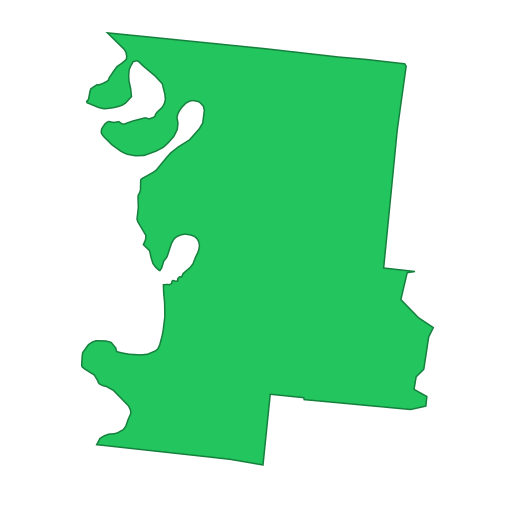 Washington, Mississippi, United States of America (Albers equal-area conic projection), rotated 6°
{"feature_id": "52423323B9626966163113", "entity_name": "Washington", "entity_type": "district", "adm_level": 2, "iso_a3": "USA", "parent_name": "United States of America", "parent_adm1": "Mississippi", "projection": "albers", "projection_center": [-91.095, 33.269], "detail": "fine", "context": "isolated", "style": "filled", "palette": "green", "viewbox_px": 512, "rotation_deg": 6, "n_neighbors": 0, "source": "geoboundaries", "source_scale": "gbopen_adm2", "svg_char_len": 2829}
<svg xmlns="http://www.w3.org/2000/svg" viewBox="0 0 512 512"><g transform="rotate(6 256 256)"><path d="M383.8,49.3L344.5,49.0L316.1,49.5L246.3,48.9L84.9,49.6L103.6,64.5L105.4,67.1L106.6,71.0L106.5,74.0L104.8,75.8L102.3,78.4L98.1,82.0L95.5,86.3L91.5,93.9L90.8,96.4L89.6,97.8L85.0,100.8L81.9,102.2L79.8,102.4L74.3,106.9L73.7,109.4L73.1,117.2L72.5,118.6L71.4,119.9L71.9,121.2L83.7,124.7L88.4,125.4L90.7,125.3L98.7,123.4L103.8,121.6L107.3,119.9L110.2,117.6L115.5,110.5L113.9,102.8L111.4,95.3L110.5,89.6L110.4,83.9L111.5,80.2L113.6,75.5L116.8,74.3L119.0,74.9L121.6,77.0L123.5,78.5L137.1,87.7L144.8,94.5L148.4,104.5L149.5,109.5L149.1,113.3L147.4,117.7L142.5,123.4L141.2,125.8L141.2,126.9L140.3,128.4L135.5,130.8L131.7,130.2L129.8,130.7L119.4,134.6L110.9,138.7L108.9,138.6L105.5,136.7L100.5,138.1L95.6,137.6L93.5,138.8L91.7,140.9L89.4,145.3L89.1,147.2L89.2,149.3L89.8,150.6L92.0,153.1L101.0,160.4L110.4,165.8L113.7,167.2L117.5,168.3L125.6,168.9L134.3,167.7L145.7,162.1L152.3,157.7L156.6,152.9L161.8,145.7L164.5,138.3L164.5,131.8L163.0,127.0L163.0,125.5L163.5,122.4L165.2,118.4L167.0,115.5L170.3,111.3L173.4,109.2L176.0,108.1L178.2,108.0L182.8,108.5L184.7,109.6L187.9,112.4L189.1,115.6L189.4,116.3L189.1,129.4L186.3,135.4L177.7,147.5L167.4,155.6L160.4,162.4L156.9,167.2L147.9,180.9L144.7,183.8L134.8,190.7L133.7,191.8L133.4,192.6L134.2,202.5L133.6,205.3L132.7,207.3L132.4,209.0L133.9,220.1L133.8,231.8L134.8,234.2L144.4,247.1L144.4,251.5L142.8,256.5L149.3,261.6L149.9,262.7L151.9,268.8L154.4,274.4L157.3,277.6L161.3,280.5L162.0,280.5L163.4,277.8L164.8,270.7L167.0,267.3L167.8,265.3L170.6,252.4L172.2,248.5L173.8,246.4L175.6,244.7L179.5,242.7L183.2,241.6L188.7,241.9L192.9,243.0L195.7,245.1L197.7,248.1L198.7,251.6L198.5,255.4L197.7,258.9L196.1,263.2L194.2,270.2L191.8,274.2L185.3,281.1L184.2,284.6L182.1,284.7L180.5,286.9L180.8,289.1L178.5,289.5L176.2,289.0L175.1,289.8L175.1,291.8L174.9,292.4L172.7,293.6L170.7,293.6L166.9,294.3L168.1,302.7L170.0,312.0L171.7,325.9L171.4,341.1L170.9,345.8L170.0,351.4L169.6,354.2L168.1,358.6L165.9,360.9L158.5,365.0L152.0,366.4L140.3,367.0L132.6,366.4L127.9,365.7L126.9,364.8L126.2,362.2L121.3,357.4L120.4,356.9L115.3,356.2L105.8,357.0L102.5,358.5L99.5,360.9L98.1,362.5L93.8,370.1L93.6,373.2L94.0,382.4L94.2,383.5L94.8,384.5L97.6,386.4L107.7,391.3L111.7,396.7L112.5,398.5L113.9,399.7L117.6,401.0L121.1,401.5L128.3,404.6L145.0,418.5L147.3,422.4L147.9,425.0L147.8,426.1L145.8,432.4L144.3,439.0L142.0,442.7L136.5,446.5L133.2,447.7L128.3,448.5L124.0,450.6L119.9,453.7L117.3,460.3L250.8,460.9L284.8,463.1L284.6,392.0L318.3,391.9L318.9,393.8L425.8,392.5L440.6,387.5L440.6,377.9L427.1,372.1L427.9,359.4L434.7,351.1L436.2,318.5L439.8,308.7L423.9,300.3L404.6,284.2L408.1,256.8L415.7,254.8L384.2,254.6L383.7,173.5L383.3,115.6L385.5,51.6L383.8,49.3Z" fill="#22c55e" stroke="#15803d" stroke-width="1.5"/></g></svg>